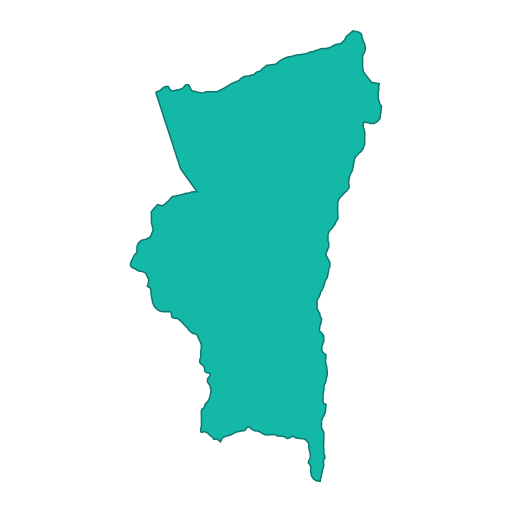 Naranjo, Alajuela, Costa Rica (Robinson projection)
{"feature_id": "36466004B12549595917957", "entity_name": "Naranjo", "entity_type": "district", "adm_level": 2, "iso_a3": "CRI", "parent_name": "Costa Rica", "parent_adm1": "Alajuela", "projection": "robinson", "projection_center": [-84.384, 10.105], "detail": "fine", "context": "isolated", "style": "filled", "palette": "teal", "viewbox_px": 512, "rotation_deg": 0, "n_neighbors": 0, "source": "geoboundaries", "source_scale": "gbopen_adm2", "svg_char_len": 6022}
<svg xmlns="http://www.w3.org/2000/svg" viewBox="0 0 512 512"><path d="M326.0,404.4L323.3,403.2L323.0,401.0L323.0,394.4L323.3,393.7L323.5,391.3L323.9,390.6L324.1,384.9L325.4,382.8L326.1,380.2L326.5,377.4L327.2,375.7L327.2,370.4L326.8,368.8L326.8,367.2L326.5,366.4L326.3,364.8L325.6,363.2L325.6,359.0L325.9,357.2L325.9,355.2L325.7,354.6L323.5,353.1L322.9,352.1L322.6,352.1L321.7,349.8L321.9,346.6L323.9,340.6L323.7,336.1L322.1,333.4L319.8,331.3L319.5,330.2L319.5,328.6L319.8,326.2L320.6,324.5L321.7,319.4L319.9,315.3L319.9,313.9L319.6,313.6L319.6,313.1L318.2,311.2L318.2,310.5L317.1,308.6L317.1,301.5L317.3,299.7L317.7,298.8L318.2,298.4L319.6,295.9L319.6,295.3L320.2,294.2L320.8,291.5L321.7,290.7L323.7,286.5L323.8,285.4L324.5,284.0L324.6,282.2L325.0,281.8L325.1,281.2L326.8,278.3L327.7,276.3L327.7,275.0L328.5,271.8L328.8,268.7L329.9,266.5L329.9,262.1L329.2,261.2L329.1,260.7L328.1,259.1L327.4,257.5L326.5,256.3L326.0,255.1L326.0,253.9L326.4,252.2L327.6,250.0L327.7,248.8L328.4,247.9L328.8,246.8L328.8,243.0L328.0,240.9L328.0,234.5L329.3,231.1L332.6,227.7L333.4,226.1L334.7,224.7L335.4,223.1L335.7,222.7L335.7,222.1L336.0,221.6L338.0,218.7L338.0,214.9L337.7,214.3L337.7,202.1L338.3,201.1L338.6,199.9L339.7,197.9L345.0,192.3L346.6,191.1L347.4,189.7L348.3,188.9L349.2,187.5L349.0,184.4L348.7,183.9L348.7,181.3L349.0,180.2L349.0,178.9L349.2,178.6L349.5,176.8L350.0,175.7L350.1,174.5L351.8,171.8L352.4,170.0L352.4,169.4L353.3,166.4L353.3,164.5L353.6,164.2L354.1,160.7L354.4,160.4L354.5,159.1L355.7,156.9L357.7,154.6L359.4,152.8L360.7,151.9L363.0,149.0L364.4,144.7L364.7,144.1L364.8,131.9L364.5,131.4L364.2,129.6L363.3,128.0L363.3,122.8L364.1,121.9L364.7,121.9L365.5,122.4L368.9,122.8L370.4,123.5L373.9,123.5L376.7,122.0L378.5,120.4L379.5,118.9L380.0,118.6L381.5,107.2L381.5,106.1L380.2,104.3L379.3,102.5L378.2,97.9L378.3,91.4L378.7,89.9L378.7,85.4L379.1,84.7L379.3,83.6L371.7,82.4L366.2,75.6L363.6,71.9L363.1,70.2L362.6,66.9L362.6,56.4L363.2,54.4L364.2,52.9L365.1,50.6L365.5,47.8L364.4,43.3L363.4,41.5L362.9,39.8L362.3,38.5L361.6,34.7L360.7,33.3L359.3,32.4L357.6,31.8L354.3,31.2L353.3,30.7L352.3,31.3L349.5,33.9L346.8,35.9L344.4,40.1L341.9,42.7L340.0,43.8L336.7,44.3L334.1,45.1L330.9,47.2L327.9,48.1L325.7,48.5L321.3,48.6L317.4,50.1L315.1,50.6L313.4,51.6L310.5,51.9L307.3,53.3L305.3,53.9L298.9,54.8L296.3,55.0L291.6,56.4L288.6,56.8L286.4,57.5L283.8,58.6L280.5,60.4L278.7,61.7L277.0,63.4L276.4,63.8L273.9,64.5L266.5,65.4L264.2,67.5L262.7,68.4L260.2,71.0L259.6,71.4L257.2,71.8L256.7,72.1L255.5,73.0L254.3,74.4L248.1,76.1L245.9,76.1L243.3,76.9L240.6,78.7L239.8,79.8L238.9,80.4L236.9,81.4L233.0,82.9L229.9,84.6L225.8,87.2L225.5,87.2L225.0,87.7L217.5,91.5L216.9,91.7L205.8,91.7L203.3,93.0L201.4,93.0L198.3,92.4L195.5,91.5L192.7,91.1L191.1,89.9L190.6,88.5L190.2,87.8L190.1,87.4L188.7,84.9L188.2,84.7L185.9,84.7L183.2,87.7L181.7,88.8L178.9,89.7L177.8,89.7L173.1,90.9L171.6,90.9L171.0,90.6L170.5,89.7L169.0,88.2L169.0,87.8L168.1,86.4L165.9,86.4L163.9,87.3L163.4,87.8L163.0,87.8L160.1,90.5L157.1,91.6L156.0,92.4L155.9,92.8L180.6,168.8L197.1,191.8L192.3,191.8L188.3,193.2L185.7,193.3L183.9,194.1L183.2,194.1L180.8,194.9L176.2,195.8L175.2,196.2L173.8,196.2L172.1,196.8L170.8,198.1L168.8,200.5L166.1,202.9L165.7,203.6L165.3,203.6L164.6,204.4L162.3,205.7L159.8,205.4L158.9,204.8L157.1,204.8L156.2,206.4L154.1,208.3L151.3,211.8L151.5,223.3L152.1,225.0L152.2,226.6L153.0,228.4L153.0,230.0L152.8,231.2L151.9,232.9L151.0,235.5L150.2,236.6L150.2,236.9L148.8,237.9L147.8,238.2L146.3,239.2L142.1,240.1L140.1,241.2L138.6,242.8L137.7,244.5L137.0,246.3L136.9,252.4L136.4,252.8L136.4,253.2L135.0,254.2L133.7,256.3L132.6,258.6L132.5,259.0L131.3,261.2L130.5,263.7L130.5,265.8L132.3,267.7L133.1,268.1L133.9,268.1L136.0,269.3L136.0,269.6L136.6,269.8L137.2,270.3L139.0,271.1L142.7,271.6L143.2,272.0L144.3,272.2L145.8,273.4L147.3,276.5L147.6,277.6L148.4,278.4L148.9,280.4L147.3,286.4L148.3,286.8L149.9,287.9L150.8,289.0L151.0,294.3L151.5,295.7L151.5,296.9L152.4,300.7L152.6,302.7L153.2,303.6L153.7,305.3L155.1,307.5L158.4,310.3L159.7,311.0L161.4,311.5L163.6,311.7L169.8,311.7L171.0,312.2L171.6,315.3L171.6,316.5L172.3,317.5L174.9,318.3L176.7,318.3L178.5,319.2L182.7,322.8L183.6,324.3L183.9,324.4L187.0,327.4L188.7,330.0L192.0,333.0L192.3,333.0L192.7,333.4L195.2,333.8L196.2,334.2L197.5,335.7L198.5,338.3L199.2,339.2L199.5,340.6L200.6,342.2L200.6,343.0L201.4,345.2L201.3,348.1L200.8,350.9L200.8,356.7L199.7,360.1L199.7,362.2L200.5,363.5L203.8,366.3L204.5,368.1L204.7,370.9L205.4,371.9L207.0,372.7L209.7,373.4L210.4,374.0L210.4,374.4L209.5,376.4L208.0,378.1L207.4,379.8L207.4,381.8L208.4,383.5L209.9,385.1L210.6,388.8L211.1,389.9L210.1,395.8L209.0,399.4L207.8,401.4L205.2,404.2L204.8,405.1L204.8,406.2L203.8,408.0L202.1,409.2L201.5,410.0L201.3,411.5L201.5,425.4L200.7,429.3L200.7,431.4L201.3,432.3L202.0,432.4L203.4,431.8L205.3,431.8L206.3,432.3L207.7,433.1L210.3,435.6L212.0,436.9L212.8,437.6L213.7,439.3L216.7,439.0L219.4,440.8L220.1,441.7L220.7,441.8L221.2,440.8L221.7,438.9L223.4,437.2L227.6,435.8L230.7,435.0L236.0,432.1L237.2,432.0L240.5,431.1L244.1,430.7L245.5,429.8L247.3,427.2L249.1,427.0L249.8,427.4L252.0,429.5L255.0,430.9L257.3,430.9L258.7,431.5L259.6,431.7L262.3,433.5L264.8,434.7L267.8,435.0L269.2,434.7L274.5,434.6L276.2,435.2L276.9,435.9L283.6,436.4L286.1,437.7L286.9,438.5L288.8,438.3L291.2,437.0L291.6,436.4L293.1,436.3L295.9,438.0L303.9,438.9L306.3,440.3L308.3,442.8L308.8,444.4L308.9,448.6L310.2,453.7L310.3,457.1L310.2,457.9L308.7,460.9L308.3,463.0L309.5,464.0L310.2,465.1L310.7,466.8L310.7,471.8L311.1,473.5L311.4,476.0L312.6,477.3L313.5,479.0L315.2,480.0L316.0,480.7L320.2,481.3L320.4,479.6L321.1,477.3L321.1,476.1L321.9,473.5L321.9,472.7L322.1,472.4L322.6,469.6L323.7,466.2L323.5,460.5L324.0,459.2L324.7,458.4L325.0,457.6L324.6,455.4L323.9,453.6L323.9,449.5L323.5,446.3L323.8,440.9L323.8,432.4L322.3,429.3L321.5,428.2L321.5,421.1L321.7,420.2L322.4,419.1L322.4,418.1L323.8,416.0L323.9,415.1L324.6,414.4L325.1,412.6L325.2,411.7L325.6,411.1L325.6,407.1L326.0,406.3L326.0,404.4Z" fill="#14b8a6" stroke="#0f766e" stroke-width="1.5"/></svg>